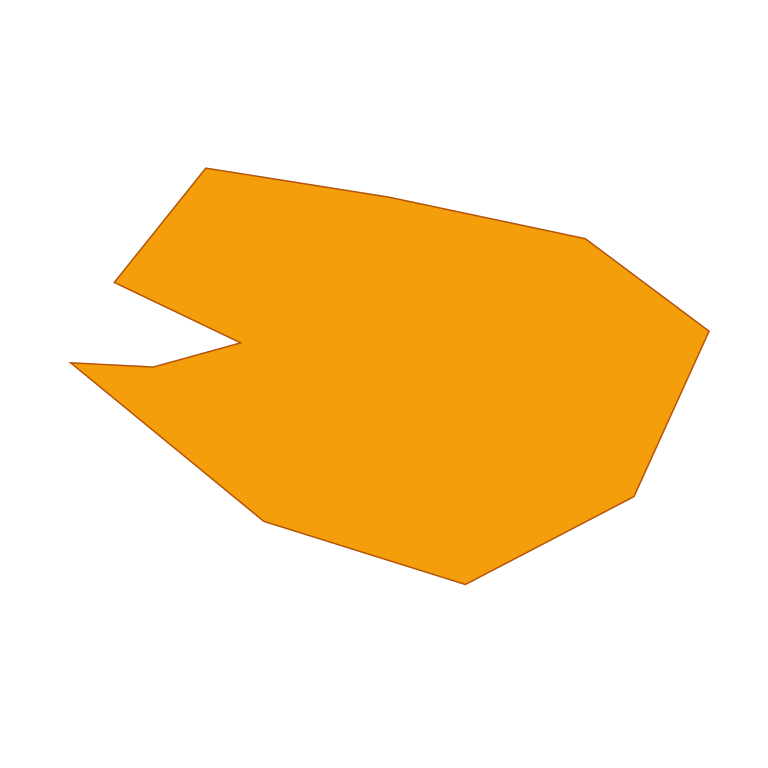 outline of Cork, rotated 189°
{"feature_id": "IRL-5569", "entity_name": "Cork", "entity_type": "City", "adm_level": 1, "iso_a3": "IRL", "parent_name": "Ireland", "parent_adm1": "", "projection": "natural_earth1", "projection_center": [-8.45, 51.888], "detail": "fine", "context": "isolated", "style": "filled", "palette": "amber", "viewbox_px": 768, "rotation_deg": 189, "n_neighbors": 0, "source": "natural_earth", "source_scale": "10m", "svg_char_len": 314}
<svg xmlns="http://www.w3.org/2000/svg" viewBox="0 0 768 768"><g transform="rotate(189 384 384)"><path d="M696.8,355.9L614.7,364.6L532.0,402.2L666.3,442.1L593.8,569.3L408.9,569.3L207.9,559.0L71.2,487.0L119.5,311.9L272.3,198.7L481.2,229.5L696.8,355.9Z" fill="#f59e0b" stroke="#b45309" stroke-width="1.5"/></g></svg>